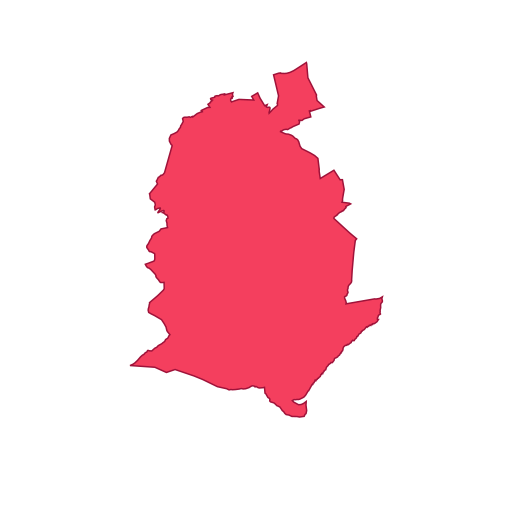 outline of Atltzayanca, Tlaxcala, Mexico, rotated 228°
{"feature_id": "50627088B48258188094940", "entity_name": "Atltzayanca", "entity_type": "district", "adm_level": 2, "iso_a3": "MEX", "parent_name": "Mexico", "parent_adm1": "Tlaxcala", "projection": "natural_earth1", "projection_center": [-97.798, 19.412], "detail": "fine", "context": "isolated", "style": "filled", "palette": "rose", "viewbox_px": 512, "rotation_deg": 228, "n_neighbors": 0, "source": "geoboundaries", "source_scale": "gbopen_adm2", "svg_char_len": 6155}
<svg xmlns="http://www.w3.org/2000/svg" viewBox="0 0 512 512"><g transform="rotate(228 256 256)"><path d="M148.0,170.9L147.0,171.1L143.0,170.2L141.0,170.7L140.1,170.3L139.1,169.2L137.9,169.2L135.1,170.9L134.0,171.2L130.7,171.4L129.6,172.0L127.7,172.7L123.5,172.1L121.8,172.4L119.9,172.1L118.0,172.3L115.7,174.1L112.8,175.3L109.2,179.1L107.2,180.6L104.6,184.5L105.5,186.5L105.4,187.7L107.2,190.2L111.8,193.4L114.3,196.0L114.6,192.7L115.4,190.2L117.0,188.1L122.1,186.3L124.2,186.2L123.9,188.1L122.6,189.4L122.0,190.5L121.1,191.3L120.3,192.7L119.4,195.9L119.1,197.5L119.4,199.9L120.8,204.3L120.6,204.9L122.9,211.5L122.5,212.0L122.5,212.3L123.0,212.5L123.2,213.9L123.0,214.2L123.7,215.9L123.5,216.3L124.1,216.8L123.5,217.2L123.9,217.4L123.5,218.1L123.4,219.0L123.8,219.7L123.4,220.6L123.6,221.5L123.5,223.1L123.9,224.0L124.4,224.5L124.3,225.4L124.1,225.6L124.7,226.2L124.0,227.0L124.5,227.3L124.7,229.4L125.2,230.1L124.8,231.7L126.2,233.9L126.4,236.5L126.9,237.4L126.6,237.8L126.4,239.9L126.7,240.5L125.7,241.4L126.2,244.1L127.2,245.6L127.2,246.5L126.8,247.3L126.4,249.1L126.7,250.4L126.5,251.8L127.0,252.9L126.9,254.1L127.4,254.4L127.3,255.3L127.8,255.8L127.6,256.8L127.8,257.2L128.5,258.3L129.1,258.8L129.9,260.5L129.8,262.5L129.1,263.4L129.0,263.9L129.2,264.7L128.5,264.9L128.3,265.8L128.3,267.2L128.0,268.8L128.6,269.7L128.5,270.2L128.7,271.4L127.6,272.0L127.4,272.5L127.9,273.4L127.9,275.5L128.1,276.3L128.7,277.0L128.3,278.0L129.1,280.2L128.7,282.2L128.8,282.9L129.4,283.6L129.1,284.4L129.4,285.0L128.9,287.3L129.5,290.8L129.3,291.0L128.7,291.0L128.8,292.1L128.3,292.6L128.7,293.9L127.5,294.9L127.9,295.4L127.9,296.0L127.1,296.7L127.6,297.4L127.4,297.9L126.9,298.1L126.5,298.9L126.2,302.0L126.9,304.5L127.4,304.0L127.8,303.9L128.8,304.9L129.2,306.1L129.8,306.9L130.0,307.5L129.6,309.1L129.6,309.7L130.8,310.1L131.5,311.0L132.7,312.0L134.1,314.0L136.4,316.0L137.1,317.0L137.4,319.2L138.2,320.0L140.1,321.0L141.1,322.6L141.7,319.6L143.7,316.4L144.8,315.4L160.2,290.9L160.6,291.6L162.6,292.7L165.3,293.6L166.4,294.5L166.4,295.0L165.9,296.5L166.0,297.3L166.6,298.0L167.2,299.8L167.7,300.3L168.4,300.4L169.7,301.4L170.5,302.9L171.4,303.7L172.1,305.1L172.4,308.3L172.8,309.6L173.7,310.7L174.1,310.9L181.0,317.9L193.2,331.0L201.1,340.2L201.4,342.3L210.7,341.0L231.6,339.0L232.1,339.2L232.6,340.2L232.5,341.6L232.3,342.2L232.4,343.2L232.1,344.0L232.4,344.4L232.4,347.2L231.7,349.3L231.8,350.2L231.3,350.6L231.5,351.2L231.3,352.0L231.6,353.1L231.7,355.3L232.7,355.9L231.4,361.2L232.8,360.7L238.4,355.9L239.3,357.5L239.7,357.7L241.1,359.2L246.5,366.1L254.9,371.3L256.4,369.5L267.6,371.3L270.6,355.6L276.8,359.7L278.1,361.0L287.1,367.3L291.4,366.8L296.2,365.3L305.2,361.8L308.1,362.2L312.3,364.2L314.5,364.7L315.8,364.5L317.2,363.8L320.4,363.6L322.1,363.1L324.9,361.6L326.2,360.3L327.3,359.5L332.0,357.4L332.2,357.7L331.9,357.8L331.3,361.1L330.0,363.2L328.8,364.1L328.2,367.1L327.7,368.3L327.5,369.8L325.3,376.3L326.7,378.4L328.0,378.5L328.2,378.8L326.0,380.8L325.7,383.7L322.7,389.8L328.1,392.7L327.7,393.6L327.1,393.3L323.5,401.4L321.1,406.4L330.7,405.4L334.6,407.9L335.1,408.7L353.7,413.8L364.8,422.2L366.1,422.9L368.5,408.1L369.7,404.1L371.2,401.1L372.5,399.4L374.4,397.4L375.5,396.4L375.7,396.6L376.7,395.2L378.9,390.3L359.9,379.9L355.5,374.2L355.4,374.4L353.5,372.7L353.8,366.4L353.5,364.5L353.3,361.3L354.0,361.8L354.8,363.2L356.4,365.3L357.1,365.7L357.7,365.5L358.8,363.9L359.9,363.4L360.5,363.7L360.5,364.6L361.0,365.6L361.9,363.0L370.5,364.6L376.1,366.4L377.5,359.6L373.4,358.7L383.8,348.1L386.9,340.9L388.3,341.1L389.6,342.2L389.8,343.2L389.6,343.6L389.3,343.4L389.1,343.7L389.5,344.3L389.8,344.0L390.3,344.5L390.4,344.8L390.0,345.7L391.6,346.5L392.3,347.1L392.8,348.1L396.9,340.3L397.5,341.1L398.9,338.8L399.4,338.2L399.9,336.7L400.0,335.6L400.5,334.9L401.2,334.4L402.2,332.6L402.1,332.0L401.6,331.5L403.4,328.1L403.3,327.5L402.4,327.1L401.1,327.8L401.2,327.2L400.8,326.8L401.0,326.5L400.8,324.8L400.5,324.7L400.9,321.8L397.3,321.2L398.8,319.3L400.8,312.7L400.7,312.5L399.3,312.8L399.1,312.7L400.2,310.5L401.2,307.6L401.6,302.1L402.2,302.3L402.4,301.9L402.9,300.0L404.1,299.5L405.5,297.2L405.9,297.0L407.2,295.4L407.4,294.3L407.2,293.3L404.7,292.0L403.5,288.7L403.1,287.1L402.1,285.8L402.0,284.3L401.2,282.1L401.0,280.1L401.8,276.9L402.9,273.8L401.4,270.3L399.3,268.5L395.6,267.5L394.9,267.7L394.1,267.5L379.1,243.7L378.7,241.4L379.0,240.1L379.6,239.5L379.4,238.6L379.6,238.2L379.5,237.2L379.8,236.0L378.5,232.9L378.3,232.0L375.4,231.0L373.5,218.4L373.1,218.4L369.2,215.7L363.8,216.7L361.8,215.7L361.0,214.9L360.7,214.0L360.2,213.4L357.8,211.9L357.5,212.3L357.2,214.6L355.9,216.9L355.5,216.8L355.1,216.5L354.1,212.3L353.7,212.2L353.0,214.7L351.8,217.6L351.5,217.9L351.0,217.9L350.2,217.0L350.6,215.7L350.0,216.1L346.5,216.7L346.4,217.2L346.2,217.3L344.7,217.1L343.2,216.1L343.0,215.9L343.1,215.5L343.4,214.7L342.3,212.9L340.1,211.9L338.3,210.4L336.3,209.3L339.7,203.5L339.1,200.7L340.6,195.3L340.6,194.1L340.5,192.5L340.3,191.7L339.3,190.4L338.5,187.5L337.2,184.4L336.7,182.0L336.1,181.1L335.3,180.5L332.1,180.1L331.4,179.8L330.2,180.0L329.5,180.8L325.8,182.2L325.3,182.1L321.8,179.1L320.9,178.0L320.5,176.7L323.9,168.2L321.9,167.7L320.3,167.6L319.5,167.8L318.6,168.4L316.4,168.8L309.8,168.9L308.3,168.5L307.6,167.8L306.5,167.6L303.6,167.6L301.1,167.2L300.1,167.4L298.8,168.8L297.9,170.0L293.1,165.9L292.6,164.3L292.3,156.4L292.6,145.7L292.1,145.4L291.2,144.0L289.7,142.2L289.0,140.9L287.9,139.6L285.9,138.5L283.6,139.2L279.5,140.8L271.9,143.2L267.2,142.5L263.4,141.6L260.5,140.0L259.2,139.6L255.1,139.4L255.0,138.0L254.2,136.1L254.0,135.3L254.4,132.9L253.6,130.9L253.9,128.3L253.8,127.6L254.8,123.4L254.6,121.1L255.2,119.1L255.2,115.0L256.9,113.3L258.0,112.7L258.3,112.2L257.7,110.5L258.2,109.1L257.9,106.6L258.3,105.4L258.3,102.7L257.7,98.1L257.6,94.3L257.9,92.2L258.9,89.1L241.0,106.4L229.4,111.5L225.8,119.9L208.5,129.6L199.8,133.8L184.7,139.9L177.0,145.4L174.5,146.4L173.6,148.0L172.4,149.0L170.5,151.4L168.3,154.6L167.4,156.3L165.7,157.6L164.3,159.5L162.9,162.7L162.4,165.5L161.7,166.8L160.3,167.7L159.3,167.7L159.1,168.7L156.7,169.5L155.6,170.3L153.5,173.0L152.7,174.4L148.0,170.9Z" fill="#f43f5e" stroke="#9f1239" stroke-width="1.5"/></g></svg>